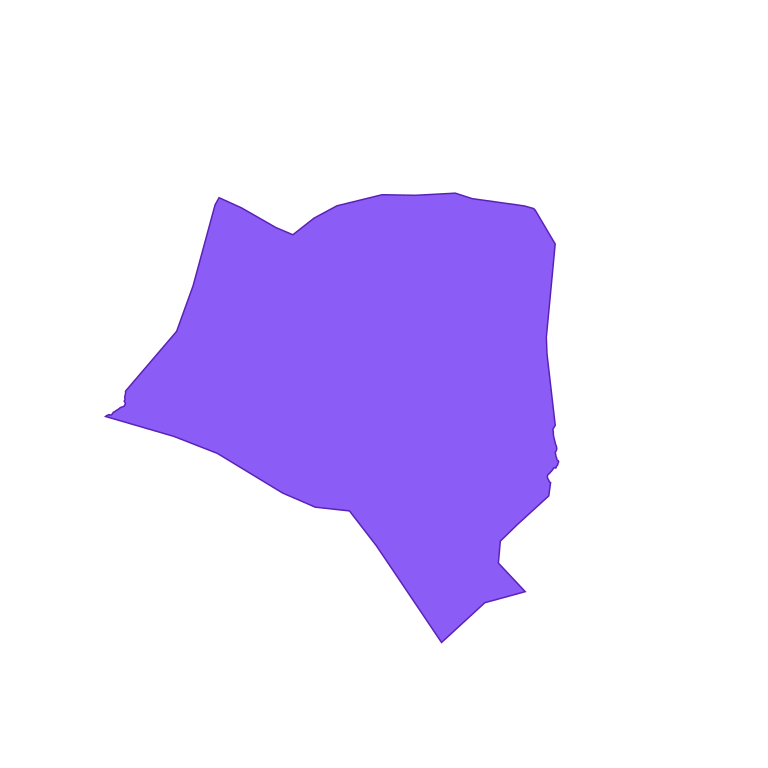 Dariganga, Sühbaatar, Mongolia, rotated 228°
{"feature_id": "93677404B32631495823652", "entity_name": "Dariganga", "entity_type": "district", "adm_level": 2, "iso_a3": "MNG", "parent_name": "Mongolia", "parent_adm1": "Sühbaatar", "projection": "albers", "projection_center": [114.125, 45.442], "detail": "fine", "context": "isolated", "style": "filled", "palette": "violet", "viewbox_px": 768, "rotation_deg": 228, "n_neighbors": 0, "source": "geoboundaries", "source_scale": "gbopen_adm2", "svg_char_len": 1971}
<svg xmlns="http://www.w3.org/2000/svg" viewBox="0 0 768 768"><g transform="rotate(228 384 384)"><path d="M153.4,253.8L154.0,312.6L135.2,350.0L174.4,349.2L189.4,365.3L190.3,388.7L190.6,431.6L199.3,441.9L200.4,441.5L201.2,441.5L201.8,442.0L203.2,442.2L204.5,442.6L206.1,443.6L207.1,445.4L206.8,446.5L206.9,447.8L207.1,448.8L207.2,450.1L207.5,452.4L208.0,453.4L208.1,454.0L207.8,454.6L206.9,455.0L206.7,455.3L206.6,455.7L206.8,456.1L207.2,456.8L207.4,457.2L207.5,457.8L207.5,458.5L207.8,459.2L208.5,459.9L208.9,461.1L209.7,462.0L210.2,462.1L210.6,462.1L211.3,461.9L212.0,461.8L212.5,462.1L213.2,462.7L215.5,463.5L216.4,464.3L217.0,464.6L218.2,465.1L218.5,465.4L218.7,466.1L219.3,467.5L219.8,468.6L220.4,469.2L221.7,470.1L223.3,470.8L224.9,471.4L228.5,473.4L230.6,474.5L232.8,475.8L235.3,478.0L237.3,479.0L238.7,483.6L297.2,525.2L310.1,535.9L345.8,574.8L373.5,604.9L412.0,612.7L412.1,612.4L414.1,612.7L422.2,607.6L428.1,602.7L443.2,590.0L462.7,573.6L478.1,564.7L491.1,548.6L503.4,533.4L518.7,517.0L525.9,509.3L530.9,500.0L547.9,468.3L554.1,443.0L555.9,416.1L572.7,408.3L610.4,395.9L630.3,387.2L632.8,386.1L630.2,378.4L584.6,307.6L561.9,265.1L551.7,187.5L551.2,186.6L550.3,186.1L549.8,185.4L548.0,182.8L547.6,182.5L546.9,181.9L546.2,181.5L545.8,181.3L545.6,181.0L545.5,180.7L545.5,180.2L545.4,179.9L544.8,179.3L544.4,179.3L543.4,179.1L542.5,178.7L542.2,178.3L542.1,177.8L541.9,177.4L541.6,176.8L541.4,176.2L541.8,175.0L542.3,173.7L542.9,172.4L543.0,172.0L542.8,171.4L542.9,170.7L543.1,169.6L543.2,168.7L543.3,167.9L543.5,167.3L543.6,166.8L543.6,166.3L543.6,165.5L543.6,165.1L543.8,164.7L544.1,164.3L544.2,164.0L543.7,162.6L543.5,161.6L543.5,161.0L543.6,160.7L543.9,160.2L544.1,159.9L544.5,159.6L545.1,159.3L545.3,159.0L545.5,158.6L545.5,158.2L545.7,157.8L545.9,157.4L546.0,157.2L546.1,156.7L546.2,156.1L546.2,155.3L485.8,192.7L444.0,213.7L370.8,235.7L338.4,250.5L312.8,273.4L269.0,270.1L234.7,265.3L153.4,253.8Z" fill="#8b5cf6" stroke="#5b21b6" stroke-width="1.5"/></g></svg>